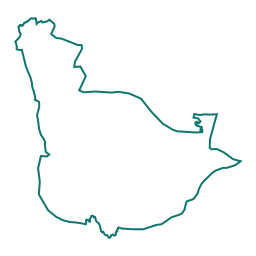 Sakaba, Kebbi, Nigeria (Robinson projection)
{"feature_id": "59680162B48034518845808", "entity_name": "Sakaba", "entity_type": "district", "adm_level": 2, "iso_a3": "NGA", "parent_name": "Nigeria", "parent_adm1": "Kebbi", "projection": "robinson", "projection_center": [5.532, 11.176], "detail": "fine", "context": "isolated", "style": "outline", "palette": "teal", "viewbox_px": 256, "rotation_deg": 0, "n_neighbors": 0, "source": "geoboundaries", "source_scale": "gbopen_adm2", "svg_char_len": 3414}
<svg xmlns="http://www.w3.org/2000/svg" viewBox="0 0 256 256"><path d="M15.4,41.5L16.7,45.8L16.7,49.2L19.3,50.1L21.8,49.9L24.4,60.2L25.6,65.5L27.8,71.4L30.3,76.9L31.9,82.9L32.2,85.0L32.1,86.5L32.5,87.5L32.9,89.2L33.6,90.9L34.1,93.2L34.9,95.9L35.2,98.1L35.2,99.0L34.9,99.8L38.9,101.7L39.2,102.7L39.1,104.0L39.3,105.5L39.2,106.7L39.0,107.9L38.3,110.5L38.0,111.5L37.0,115.4L38.0,120.2L38.6,125.1L39.2,129.3L40.9,134.8L43.4,138.5L45.2,142.0L44.7,143.4L45.7,151.8L49.2,154.5L47.1,156.5L40.9,156.0L38.1,168.3L39.8,181.8L39.2,189.7L39.2,189.8L38.9,194.5L42.1,200.0L43.8,202.9L48.2,210.4L56.4,217.0L62.7,220.1L63.4,220.4L69.9,222.0L75.9,222.5L80.2,223.1L82.4,223.5L83.7,223.8L85.8,224.3L86.2,222.9L86.0,221.4L86.0,220.5L86.0,220.3L86.3,219.9L87.0,219.6L87.8,219.7L88.2,220.5L89.0,221.2L89.3,221.6L89.7,221.6L89.9,221.6L90.0,221.0L90.0,220.1L90.0,219.6L90.0,219.0L90.4,218.1L90.7,217.6L90.9,217.4L91.2,216.7L91.3,216.3L91.5,215.8L92.0,215.6L92.8,215.9L93.6,216.3L93.6,216.8L93.9,217.4L94.6,217.2L95.1,217.1L95.4,217.7L95.6,219.4L96.0,220.6L96.7,221.7L98.7,223.3L100.1,226.1L100.7,229.6L100.8,230.2L100.8,230.6L101.2,231.3L101.6,231.6L101.9,232.2L102.3,232.3L102.7,232.0L103.0,231.7L103.4,231.9L103.6,232.5L104.1,233.3L104.5,234.2L105.0,234.8L105.6,235.0L106.4,235.2L107.1,235.2L107.6,235.8L108.0,236.6L108.4,237.2L109.0,237.2L109.3,237.8L109.7,237.7L110.6,236.9L111.0,236.1L111.0,235.9L111.0,235.5L111.5,235.2L111.9,234.9L112.7,234.5L113.3,235.0L113.7,235.4L114.2,235.5L114.7,235.4L115.3,235.2L115.5,235.0L115.8,234.7L115.7,234.1L115.8,233.7L115.6,233.4L115.6,233.0L115.9,232.7L116.0,232.6L116.2,232.0L116.2,231.9L116.3,231.4L116.7,231.4L116.9,231.6L117.2,231.4L117.3,230.6L117.2,230.0L117.2,229.9L117.2,229.7L117.4,229.2L117.7,229.1L117.8,229.0L118.0,228.5L118.0,228.3L118.0,227.9L118.6,227.5L121.4,228.5L131.7,229.2L143.1,229.3L155.2,225.4L155.2,225.2L161.5,224.2L166.2,221.1L171.3,217.4L174.5,216.3L178.8,214.9L182.1,213.3L184.3,209.9L184.6,209.6L185.7,204.3L186.6,201.8L186.8,201.3L192.4,199.5L193.9,198.6L197.5,193.6L199.0,188.8L201.6,183.7L205.0,180.0L212.2,172.9L215.8,170.5L223.0,167.9L227.1,167.8L232.7,166.0L235.3,165.2L237.5,163.6L240.6,161.2L233.1,159.2L223.9,152.4L216.5,148.9L211.3,149.3L209.7,147.7L210.0,139.4L214.5,122.7L216.9,114.3L208.9,114.6L204.8,114.3L203.9,114.4L201.5,114.9L199.5,114.9L197.9,114.8L194.4,114.0L193.5,117.6L198.2,118.4L198.9,119.6L200.3,121.1L200.5,121.6L198.7,123.4L197.7,123.5L197.4,121.9L196.7,121.9L195.4,122.6L195.3,123.7L196.4,125.6L201.8,127.1L201.8,128.9L200.6,128.9L200.4,130.5L202.3,130.4L202.2,132.1L196.7,132.5L177.1,131.3L176.9,131.2L172.7,129.7L166.6,126.0L163.1,124.0L151.7,112.1L140.9,98.6L129.2,93.5L118.3,91.8L111.6,92.6L97.7,91.7L95.6,91.5L83.6,92.3L79.2,90.4L85.8,76.2L80.4,66.6L74.2,66.9L75.0,61.4L76.4,59.2L82.1,48.6L81.6,45.1L77.8,45.0L61.1,38.5L56.7,38.1L55.6,37.5L51.2,34.1L54.7,26.2L54.2,23.8L49.3,19.7L48.6,20.5L46.2,21.7L42.2,22.4L41.2,21.0L38.0,22.5L36.6,23.9L35.9,18.5L35.4,18.2L34.9,18.5L34.1,18.7L33.4,18.6L32.5,18.5L31.8,18.4L31.1,18.3L30.2,18.9L29.5,19.8L29.1,20.2L28.6,20.7L27.9,21.1L27.4,21.1L27.4,21.5L26.7,22.0L26.4,22.2L26.1,22.1L25.4,22.7L24.9,22.7L24.4,22.6L23.6,23.9L23.3,24.8L23.0,25.1L22.7,25.2L22.4,25.4L22.1,25.7L21.9,25.1L21.3,25.1L20.7,25.0L20.1,25.0L19.6,25.8L19.6,26.2L19.1,26.4L18.8,26.4L18.4,26.8L18.8,28.1L19.3,31.6L20.0,32.8L20.7,34.1L20.4,35.4L19.4,37.4L17.9,39.1L15.4,41.5Z" fill="none" stroke="#0f766e" stroke-width="2"/></svg>